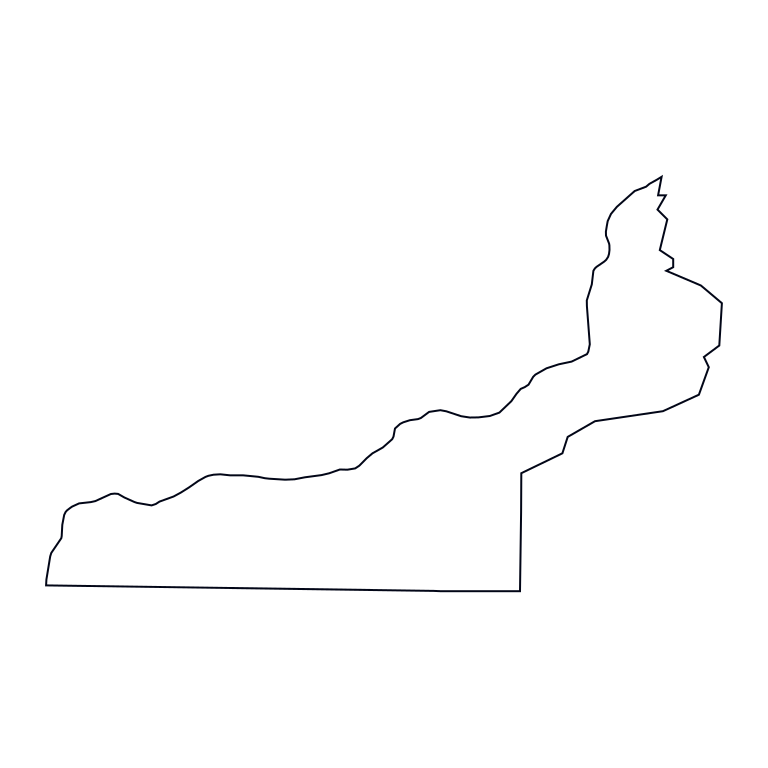 Rock Island, Illinois, United States of America
{"feature_id": "52423323B44322434678025", "entity_name": "Rock Island", "entity_type": "district", "adm_level": 2, "iso_a3": "USA", "parent_name": "United States of America", "parent_adm1": "Illinois", "projection": "robinson", "projection_center": [-90.569, 41.555], "detail": "fine", "context": "isolated", "style": "outline", "palette": "ink", "viewbox_px": 768, "rotation_deg": 0, "n_neighbors": 0, "source": "geoboundaries", "source_scale": "gbopen_adm2", "svg_char_len": 1683}
<svg xmlns="http://www.w3.org/2000/svg" viewBox="0 0 768 768"><path d="M703.9,357.0L719.3,345.5L721.9,303.2L700.9,285.5L666.3,270.8L673.2,267.2L673.2,259.0L659.8,250.1L667.3,219.4L657.5,209.6L665.8,195.3L658.1,195.3L661.6,176.8L656.9,179.7L649.5,183.8L646.1,186.7L634.7,191.0L616.9,206.8L611.0,213.9L607.7,221.1L606.8,226.0L605.9,231.6L606.0,235.6L609.1,243.6L609.4,245.4L609.5,250.0L609.0,254.0L608.1,256.9L606.2,259.8L604.2,261.6L596.6,266.8L594.9,268.4L593.4,270.8L591.8,284.4L586.8,300.4L586.9,306.0L589.8,344.3L588.3,351.6L587.0,354.1L571.6,361.6L558.8,364.3L546.5,368.3L540.7,371.6L535.4,374.6L533.2,376.8L528.5,384.7L526.3,386.1L524.8,387.1L520.7,388.9L516.5,393.8L511.4,401.1L499.4,412.6L489.8,416.0L478.3,417.4L470.9,417.5L470.3,417.6L461.1,416.2L446.3,411.3L440.4,410.2L437.0,410.7L429.1,411.9L420.9,418.0L418.0,419.1L409.9,420.2L403.3,422.3L400.1,423.9L395.0,428.5L393.5,436.6L392.2,439.2L382.8,447.5L372.5,453.3L366.7,458.2L359.3,465.7L355.2,468.4L347.4,469.7L339.9,469.5L329.1,473.3L321.5,475.1L304.9,477.3L294.5,479.3L285.2,479.7L269.2,478.7L264.8,478.2L258.3,476.8L242.8,475.3L229.8,475.3L220.4,474.3L213.6,474.7L208.4,475.8L205.5,476.9L198.2,481.0L188.9,487.5L180.8,492.6L173.6,496.5L159.5,501.6L155.8,504.0L151.6,505.4L137.0,502.9L134.4,502.0L124.4,497.5L118.1,493.9L114.7,493.6L110.9,494.0L95.3,501.1L90.8,502.1L79.1,503.4L72.1,506.6L70.1,508.0L67.0,510.4L65.6,512.0L64.2,514.9L62.3,524.8L61.7,536.1L61.3,538.2L51.3,552.9L50.2,556.4L46.4,579.6L46.1,585.1L46.1,585.4L433.8,590.9L440.7,591.2L520.0,591.2L521.1,511.9L521.3,473.2L562.4,453.3L567.7,436.9L595.0,421.2L662.9,411.2L698.9,394.7L708.8,367.2L703.9,357.0Z" fill="none" stroke="#020617" stroke-width="2"/></svg>